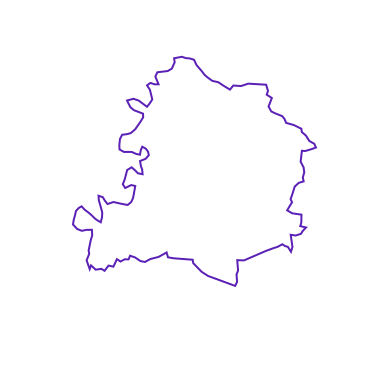 Três Passos, Rio Grande do Sul, Brazil, rotated 227°
{"feature_id": "56859067B72053715457244", "entity_name": "Três Passos", "entity_type": "district", "adm_level": 2, "iso_a3": "BRA", "parent_name": "Brazil", "parent_adm1": "Rio Grande do Sul", "projection": "robinson", "projection_center": [-53.911, -27.427], "detail": "fine", "context": "isolated", "style": "outline", "palette": "violet", "viewbox_px": 384, "rotation_deg": 227, "n_neighbors": 0, "source": "geoboundaries", "source_scale": "gbopen_adm2", "svg_char_len": 2427}
<svg xmlns="http://www.w3.org/2000/svg" viewBox="0 0 384 384"><g transform="rotate(227 192 192)"><path d="M302.0,270.1L298.7,267.8L296.0,261.4L297.0,256.8L303.2,248.3L301.4,243.9L293.6,241.0L296.1,238.2L300.1,236.0L300.7,231.9L295.4,230.9L286.8,226.1L285.7,221.8L285.0,217.2L295.1,215.4L300.1,212.8L303.2,206.9L299.4,205.7L296.0,204.8L291.5,205.3L287.4,207.3L282.7,209.6L279.9,207.2L278.4,201.7L276.6,193.2L276.8,187.4L278.6,184.0L281.5,179.9L279.9,175.5L277.6,172.8L275.4,170.4L272.5,168.0L267.8,169.5L264.9,172.6L262.3,175.3L257.8,177.2L254.8,179.4L257.6,183.2L259.0,186.5L255.4,187.7L251.7,187.4L248.4,185.6L247.9,180.7L250.1,175.1L245.6,172.2L242.5,170.9L238.7,168.0L242.6,165.2L247.3,165.1L251.2,164.7L252.3,159.6L249.9,155.8L246.9,151.0L244.9,146.7L240.5,145.9L238.5,152.3L235.1,154.6L230.9,149.0L227.8,144.8L226.1,140.6L226.4,136.1L231.1,132.6L235.5,129.6L238.2,127.8L240.8,122.0L245.1,122.4L249.1,123.2L253.0,121.1L249.3,118.1L245.1,116.0L241.0,113.9L237.9,112.1L234.7,108.7L232.1,104.6L235.7,103.5L238.7,102.9L243.8,102.7L247.3,102.3L252.4,101.4L256.8,101.5L257.6,97.9L257.2,94.1L254.7,90.5L252.5,86.8L249.4,82.8L243.2,82.8L238.7,85.0L236.3,89.0L232.6,93.0L228.2,89.3L226.1,85.5L223.2,81.4L219.7,76.5L216.9,74.7L213.9,68.3L205.4,64.6L207.2,68.1L200.9,68.6L197.5,73.4L194.0,74.3L195.1,80.8L191.0,83.6L194.1,91.3L189.9,92.3L188.7,96.9L186.0,99.6L187.6,103.3L182.8,105.8L176.6,107.2L172.9,109.9L171.4,115.8L167.3,123.3L165.1,132.2L160.6,129.9L156.0,133.4L142.0,146.3L139.2,144.4L127.2,144.6L119.6,146.5L93.9,159.5L95.5,163.7L101.3,168.3L103.2,172.2L111.3,178.6L106.5,183.4L98.3,206.4L95.5,213.0L93.4,217.5L92.2,222.4L89.1,223.2L86.4,224.7L80.8,223.6L83.3,228.0L93.4,235.0L89.5,238.1L87.1,243.1L88.0,246.6L88.3,251.2L93.2,247.9L95.0,251.0L100.8,256.6L108.0,250.8L113.7,249.1L116.3,258.2L119.5,259.2L121.8,263.6L125.9,270.8L125.9,276.3L123.6,280.9L127.0,282.9L129.8,287.5L133.9,290.4L140.1,292.1L147.2,300.5L144.8,302.7L141.9,308.5L140.0,313.0L143.9,314.3L149.2,312.6L155.6,313.8L161.0,313.2L163.6,315.1L171.6,312.1L178.3,308.0L182.6,309.5L186.0,309.7L193.0,306.4L196.9,304.9L202.3,306.3L206.3,314.5L212.2,313.0L214.1,316.5L219.9,319.4L232.9,307.0L236.0,300.2L241.7,294.8L241.0,289.6L248.4,287.5L254.4,286.1L259.3,282.7L262.2,282.1L265.4,281.5L269.2,281.1L273.1,281.5L277.3,281.7L281.9,281.9L287.3,283.7L291.3,281.4L294.1,278.8L297.7,276.9L299.9,273.5L302.0,270.1Z" fill="none" stroke="#5b21b6" stroke-width="2"/></g></svg>